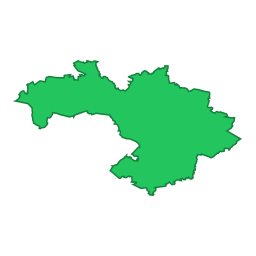 the district of Isnaudas pag., Ludzas, Latvia
{"feature_id": "27541924B87627734072498", "entity_name": "Isnaudas pag.", "entity_type": "district", "adm_level": 2, "iso_a3": "LVA", "parent_name": "Latvia", "parent_adm1": "Ludzas", "projection": "robinson", "projection_center": [27.797, 56.478], "detail": "fine", "context": "isolated", "style": "filled", "palette": "green", "viewbox_px": 256, "rotation_deg": 0, "n_neighbors": 0, "source": "geoboundaries", "source_scale": "gbopen_adm2", "svg_char_len": 5764}
<svg xmlns="http://www.w3.org/2000/svg" viewBox="0 0 256 256"><path d="M211.2,157.8L213.8,156.5L214.2,155.8L214.8,155.4L215.0,154.8L215.5,154.7L217.4,153.2L218.2,153.3L218.2,152.8L219.3,152.2L219.6,151.4L220.5,151.3L221.2,151.7L224.2,151.1L224.3,148.5L226.8,148.4L228.7,148.7L228.8,149.9L229.2,149.9L230.8,147.4L231.8,147.0L233.4,145.1L234.9,144.4L236.4,143.2L236.9,141.2L240.6,138.9L226.9,130.9L231.3,128.0L232.6,125.9L232.0,125.7L232.4,122.9L233.7,121.8L234.2,120.3L234.5,117.7L231.3,117.9L225.4,116.9L227.5,116.1L226.6,114.0L220.2,111.9L219.0,112.4L216.8,111.5L214.8,112.8L214.8,113.1L212.9,112.5L211.7,111.5L210.4,110.7L211.1,109.8L212.1,109.4L212.7,108.0L211.4,107.3L208.2,107.6L207.4,106.7L209.2,100.9L208.0,98.9L209.8,98.0L209.1,97.0L209.5,96.8L209.7,93.0L209.2,92.2L204.3,91.3L197.7,89.5L193.8,89.0L191.2,90.6L188.9,91.5L187.1,89.0L185.7,88.2L184.8,87.9L183.1,88.0L181.5,87.7L179.8,87.9L178.8,85.6L177.4,84.5L176.5,83.9L176.2,84.5L176.3,85.1L175.7,85.2L174.9,84.7L174.6,82.6L169.7,83.3L168.7,80.0L168.6,76.7L168.3,75.7L165.8,75.3L166.6,74.6L166.2,71.6L167.6,71.3L166.9,69.1L167.8,68.9L168.1,67.4L167.9,65.8L166.7,66.0L165.0,65.8L165.0,66.9L164.5,67.5L163.5,68.1L162.3,68.0L161.4,68.7L160.1,68.7L159.6,69.1L159.3,68.9L159.0,68.0L158.3,68.1L158.1,68.9L156.5,69.6L154.1,71.5L153.7,71.9L153.7,72.7L152.0,73.3L151.9,73.8L151.6,74.0L150.4,74.1L149.1,73.9L149.3,73.8L148.8,73.0L147.4,72.4L146.8,71.4L144.4,70.8L142.0,72.5L141.7,73.6L140.5,75.3L139.7,75.2L139.0,73.8L138.2,73.5L137.1,73.5L136.2,73.7L134.8,74.8L132.9,75.1L131.7,75.4L131.1,76.0L128.9,76.5L128.6,76.9L130.9,78.0L131.4,78.5L132.4,78.1L133.0,78.6L132.6,79.1L132.8,79.9L132.6,80.8L132.1,81.5L128.6,81.4L128.9,81.7L130.4,82.2L130.8,82.9L130.8,83.5L130.0,84.4L128.4,84.7L129.3,86.1L128.8,87.8L125.5,90.8L124.5,90.7L123.4,90.0L120.4,90.6L118.3,89.2L118.3,88.3L117.5,88.2L116.4,89.0L116.1,88.4L115.3,88.1L115.2,87.7L115.4,87.1L114.9,86.2L115.2,85.4L114.2,84.4L114.0,83.3L112.5,82.8L112.3,81.9L109.8,80.9L108.6,79.9L107.3,77.8L106.1,77.3L105.6,76.6L103.5,76.5L103.2,76.7L103.3,77.2L102.9,78.2L102.0,78.1L100.9,77.5L100.2,76.1L98.9,75.1L99.0,74.7L100.1,74.3L100.0,73.8L99.3,73.2L99.1,72.6L99.1,72.0L99.2,71.8L97.8,70.5L97.6,69.0L97.0,68.3L97.0,67.2L96.0,65.9L95.7,65.1L96.1,64.9L95.9,64.3L95.9,63.0L97.8,61.7L94.7,61.0L93.8,61.2L92.8,62.0L91.6,62.1L87.1,60.7L86.7,61.0L88.0,61.7L87.3,62.2L84.1,63.3L83.5,62.2L82.6,62.4L81.1,62.2L78.0,60.8L76.1,62.0L73.6,63.2L74.9,65.3L74.1,65.6L78.0,70.8L82.9,72.7L83.8,73.4L85.6,74.3L83.9,75.9L81.6,74.5L79.7,74.9L80.6,75.8L80.7,76.1L80.3,76.3L80.6,76.6L78.3,76.6L78.0,80.0L74.1,79.8L74.1,78.3L73.7,78.3L73.1,76.0L69.4,77.1L70.6,74.7L64.3,75.4L64.1,77.6L60.4,77.9L55.5,77.5L48.9,76.5L48.0,77.2L46.4,77.3L45.2,81.8L40.0,80.9L34.7,84.8L33.5,83.4L32.8,81.7L29.3,83.9L27.6,84.1L26.8,84.9L27.4,85.8L27.9,86.1L27.7,86.7L27.9,89.7L27.4,91.0L27.6,91.7L27.2,92.6L27.6,92.9L27.6,93.5L26.9,94.0L26.0,93.8L24.7,92.7L24.7,92.3L24.1,91.4L23.3,90.9L22.3,91.1L21.3,91.7L20.3,92.7L19.0,94.7L19.5,95.5L19.5,95.8L20.1,95.9L19.4,97.7L18.0,99.4L17.0,99.9L17.0,100.4L15.4,101.0L28.0,103.6L32.0,107.8L32.3,111.7L32.6,112.1L31.9,115.3L32.8,118.5L32.8,120.0L33.4,121.5L33.6,123.1L36.3,124.8L39.2,126.0L39.6,126.9L39.2,128.4L39.8,128.6L40.4,128.7L41.1,128.0L44.6,127.3L47.2,124.4L47.7,123.1L46.7,121.8L47.2,119.4L47.0,118.5L47.8,117.6L49.5,118.0L50.6,117.3L52.5,114.1L52.7,112.6L55.3,113.2L56.3,113.2L59.8,114.5L69.8,117.0L70.1,116.7L73.3,116.0L73.7,117.1L74.7,115.1L86.6,110.8L87.5,111.6L87.3,112.4L87.6,112.8L89.1,113.7L91.2,113.7L91.8,114.7L96.1,113.3L110.0,115.1L110.1,116.3L111.1,116.7L110.9,117.4L111.8,118.1L112.9,119.3L113.0,120.5L115.3,121.6L115.3,122.6L114.3,123.7L114.3,124.1L115.7,123.9L117.0,124.4L117.7,125.2L119.0,127.9L118.8,129.9L118.3,130.9L119.6,130.8L120.2,131.1L120.4,132.4L119.9,134.2L120.2,135.1L121.4,135.9L122.4,137.3L123.3,137.7L124.4,137.8L126.4,138.7L129.6,138.8L135.4,141.2L137.8,142.9L139.6,145.4L139.5,146.3L139.6,147.2L138.5,147.1L131.8,154.2L133.3,154.8L133.8,155.9L134.2,156.1L134.9,156.3L136.2,155.9L136.8,156.4L137.9,156.3L138.1,156.6L137.9,157.3L138.2,157.9L138.3,158.8L137.2,158.9L136.9,159.6L138.1,160.0L137.7,160.8L134.7,160.9L134.3,160.4L133.2,160.1L131.5,158.8L131.1,158.2L131.3,157.6L130.7,157.5L130.2,157.0L129.5,156.9L129.6,157.4L128.7,157.6L126.9,156.7L126.4,156.1L126.5,155.4L125.5,156.5L124.4,157.3L124.5,157.7L124.1,158.2L120.2,160.4L119.7,161.3L119.2,161.5L118.8,162.1L117.3,164.5L115.0,165.1L113.5,166.0L112.1,165.9L112.5,167.0L110.2,170.8L112.2,172.2L119.3,178.3L120.4,178.2L120.4,177.8L121.5,177.3L121.7,176.7L122.4,176.5L124.2,176.5L124.0,177.1L125.2,177.6L126.2,177.6L128.6,176.2L129.6,176.8L130.4,176.2L131.9,177.0L132.1,181.0L131.4,182.0L133.0,182.3L135.0,182.0L136.2,182.2L136.4,182.6L136.2,183.1L134.4,184.0L134.3,184.3L133.3,184.5L141.0,188.4L145.8,187.7L146.9,188.5L147.1,190.4L149.3,191.7L148.3,193.3L149.3,194.1L149.4,194.7L151.2,195.1L151.9,194.8L152.9,195.3L153.7,194.7L153.5,194.0L152.6,193.8L153.5,192.3L155.2,190.9L155.9,189.5L155.7,188.3L154.9,187.6L165.7,186.1L166.0,185.2L165.6,184.1L167.1,183.9L169.5,182.2L171.9,184.6L174.1,184.3L174.9,183.8L174.8,182.8L173.8,182.0L177.1,179.8L179.4,180.1L179.8,180.5L181.4,180.6L180.8,178.9L182.1,178.4L183.3,179.4L183.8,179.4L184.0,179.8L185.3,179.5L185.7,179.1L185.3,178.6L185.7,178.1L186.4,177.7L187.9,178.2L188.4,177.2L190.0,178.5L190.1,178.8L190.7,179.0L191.5,179.0L192.7,178.3L192.9,177.9L192.3,177.2L192.9,176.8L192.7,174.2L194.0,173.8L193.9,172.9L194.1,172.5L193.6,172.3L193.9,171.5L193.5,171.2L194.0,170.2L194.9,170.3L195.3,169.9L195.1,168.2L194.7,167.1L195.5,166.4L194.9,165.6L196.7,161.6L196.6,160.6L197.1,159.2L196.4,157.6L197.2,156.0L197.3,155.0L197.6,154.8L200.1,154.7L201.1,155.1L201.7,154.2L209.1,156.8L211.2,157.8Z" fill="#22c55e" stroke="#15803d" stroke-width="1.5"/></svg>